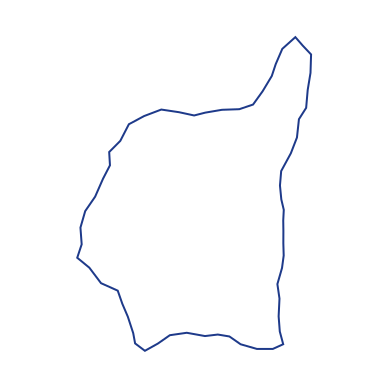 outline of Mário Campos, Minas Gerais, Brazil, rotated 274°
{"feature_id": "56859067B45501918730434", "entity_name": "Mário Campos", "entity_type": "district", "adm_level": 2, "iso_a3": "BRA", "parent_name": "Brazil", "parent_adm1": "Minas Gerais", "projection": "mercator", "projection_center": [-44.175, -20.074], "detail": "fine", "context": "isolated", "style": "outline", "palette": "blue", "viewbox_px": 384, "rotation_deg": 274, "n_neighbors": 0, "source": "geoboundaries", "source_scale": "gbopen_adm2", "svg_char_len": 895}
<svg xmlns="http://www.w3.org/2000/svg" viewBox="0 0 384 384"><g transform="rotate(274 192 192)"><path d="M94.7,107.6L88.4,124.8L75.6,130.3L63.1,136.7L47.1,143.2L37.0,145.8L30.3,156.1L38.4,168.5L47.6,179.9L51.2,196.6L49.2,215.0L51.6,227.7L50.5,239.4L43.5,251.1L40.0,267.6L41.1,283.6L46.5,293.6L59.0,289.3L74.0,287.1L91.8,286.7L106.1,283.6L122.5,287.1L135.0,287.9L147.1,286.7L159.3,285.9L170.0,285.0L180.6,284.8L190.9,281.6L204.6,279.3L219.1,279.5L237.5,287.9L253.7,292.9L272.1,293.6L283.9,300.0L301.9,300.3L319.1,301.9L337.5,301.2L345.8,292.2L353.7,284.3L341.1,272.1L325.4,266.6L313.3,263.5L297.4,255.4L283.5,246.8L277.9,233.4L276.1,216.2L272.1,199.7L268.5,188.8L270.7,173.5L272.1,155.6L264.4,138.9L255.2,124.3L238.0,116.9L226.1,106.6L212.9,108.3L199.0,102.3L180.6,95.7L165.5,86.8L148.7,83.2L132.1,85.6L118.4,82.1L109.3,94.9L94.7,107.6Z" fill="none" stroke="#1e3a8a" stroke-width="2"/></g></svg>